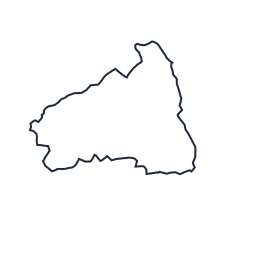 the district of Aqra, Ninawa, Iraq, rotated 41°
{"feature_id": "34846034B43190647810772", "entity_name": "Aqra", "entity_type": "district", "adm_level": 2, "iso_a3": "IRQ", "parent_name": "Iraq", "parent_adm1": "Ninawa", "projection": "natural_earth1", "projection_center": [43.799, 36.668], "detail": "fine", "context": "isolated", "style": "outline", "palette": "slate", "viewbox_px": 256, "rotation_deg": 41, "n_neighbors": 0, "source": "geoboundaries", "source_scale": "gbopen_adm2", "svg_char_len": 3304}
<svg xmlns="http://www.w3.org/2000/svg" viewBox="0 0 256 256"><g transform="rotate(41 128 128)"><path d="M79.7,91.6L79.4,92.2L79.3,92.7L79.1,93.5L78.5,95.2L77.9,97.6L76.9,101.0L76.6,102.7L76.6,104.8L76.6,106.9L76.9,109.0L77.1,111.7L77.1,113.7L77.0,114.7L76.8,114.9L76.5,115.4L76.4,115.5L75.5,116.3L74.6,117.3L73.1,119.0L71.9,120.2L71.8,120.3L71.8,122.0L71.7,124.4L71.8,126.0L71.7,126.9L71.5,127.4L71.3,127.8L71.2,128.4L70.7,129.5L70.4,130.5L69.8,132.1L69.6,132.4L68.7,133.0L68.0,133.7L67.3,134.4L66.6,135.2L65.7,136.0L64.9,136.7L64.4,137.5L63.9,138.3L63.1,139.8L62.4,140.9L62.1,141.5L61.7,142.5L61.3,143.3L61.1,143.9L60.9,144.9L60.8,145.6L60.6,146.5L60.4,147.0L59.5,148.6L58.9,149.5L58.8,149.8L58.8,150.5L58.7,152.1L58.7,153.3L58.7,153.9L58.6,154.3L58.3,155.5L58.0,156.8L57.8,158.1L57.7,158.6L57.2,159.3L56.4,160.4L56.0,161.0L55.6,161.5L54.8,162.4L54.2,163.3L53.9,163.6L53.4,165.0L53.2,165.8L53.0,166.9L53.0,167.8L53.1,168.8L53.1,169.8L53.6,170.4L54.2,171.2L54.4,171.8L54.9,172.4L54.7,173.4L54.2,174.6L55.9,176.0L56.3,176.5L56.4,182.2L55.2,182.7L53.4,182.9L52.9,183.2L52.4,184.3L51.9,185.9L51.7,187.1L51.6,188.8L53.4,190.1L54.2,191.0L55.0,193.0L55.6,193.9L57.0,193.1L58.5,192.4L62.7,192.4L64.8,194.2L65.7,195.2L67.1,197.1L68.0,198.1L69.1,199.0L70.6,200.3L72.9,198.5L74.9,197.2L76.6,196.2L79.6,194.1L81.6,195.3L83.9,196.7L83.9,197.6L84.4,202.0L84.9,205.4L85.5,207.3L85.5,208.6L86.5,209.2L88.3,209.8L89.8,210.7L90.3,210.8L94.0,210.6L96.2,210.6L97.5,210.6L98.9,210.7L99.4,210.0L100.9,207.3L101.3,205.8L102.9,204.0L105.4,202.0L107.8,199.6L109.5,197.1L112.1,193.9L112.6,191.6L112.6,189.8L112.5,188.3L111.7,185.0L111.3,183.5L115.3,182.1L117.9,181.4L119.9,179.4L121.5,178.1L121.5,174.8L120.3,170.2L121.2,170.0L121.8,169.8L128.3,171.0L128.9,170.7L129.0,170.7L129.6,168.9L130.8,163.0L130.8,162.9L136.8,163.2L139.7,158.8L139.8,158.7L143.6,154.7L146.9,151.1L147.0,151.1L147.1,150.9L147.3,150.5L150.0,148.4L152.1,147.1L153.7,146.7L156.5,146.9L157.8,149.7L159.0,152.2L163.0,148.2L164.9,146.7L166.3,146.7L169.0,147.2L172.1,150.5L173.6,148.9L175.0,147.4L176.4,145.6L177.2,144.8L178.3,143.3L180.4,141.5L180.4,140.6L181.2,140.1L182.8,139.3L185.7,137.8L187.1,137.2L188.1,135.7L189.6,133.5L191.4,131.7L192.9,130.2L194.1,129.9L194.5,129.7L196.2,129.2L196.8,129.0L197.7,128.6L199.3,124.8L201.1,121.3L201.9,120.2L202.3,119.5L204.4,119.2L204.3,114.1L199.8,111.8L199.4,110.8L199.0,109.1L197.7,105.8L194.6,101.9L193.4,100.4L191.7,98.7L190.3,97.7L188.6,97.1L182.8,94.8L176.4,92.4L174.8,92.0L172.7,91.5L168.3,88.3L166.8,88.2L165.1,87.7L163.1,87.5L158.4,86.3L157.5,86.2L156.7,85.2L157.0,78.9L155.4,78.3L154.3,77.9L153.0,77.4L152.2,77.1L151.4,75.8L150.7,73.8L149.8,72.5L149.0,70.8L146.3,69.3L142.3,66.5L137.6,63.6L135.7,62.4L134.6,61.3L133.6,60.1L132.9,59.1L130.7,58.6L127.1,58.1L126.4,57.5L125.5,56.8L124.1,55.5L122.8,54.8L121.2,54.0L120.0,52.9L119.5,52.2L118.4,50.7L118.6,49.7L115.0,50.0L111.4,49.7L108.0,48.5L104.7,47.7L100.2,46.4L96.4,45.4L94.4,45.2L91.5,45.9L89.4,46.9L88.2,50.7L87.3,52.8L85.9,54.9L82.5,57.3L80.5,58.1L79.6,58.7L79.2,60.7L80.0,61.9L81.6,63.0L82.9,63.4L85.3,63.7L86.6,63.7L88.9,65.0L92.3,66.7L94.6,68.5L94.6,70.4L93.6,73.6L93.2,76.7L92.8,79.5L92.9,80.6L93.0,83.3L93.2,87.4L93.9,90.6L93.6,90.7L91.9,91.1L89.3,91.4L86.2,91.6L82.6,91.7L79.7,91.6L79.7,91.6Z" fill="none" stroke="#1e293b" stroke-width="2"/></g></svg>